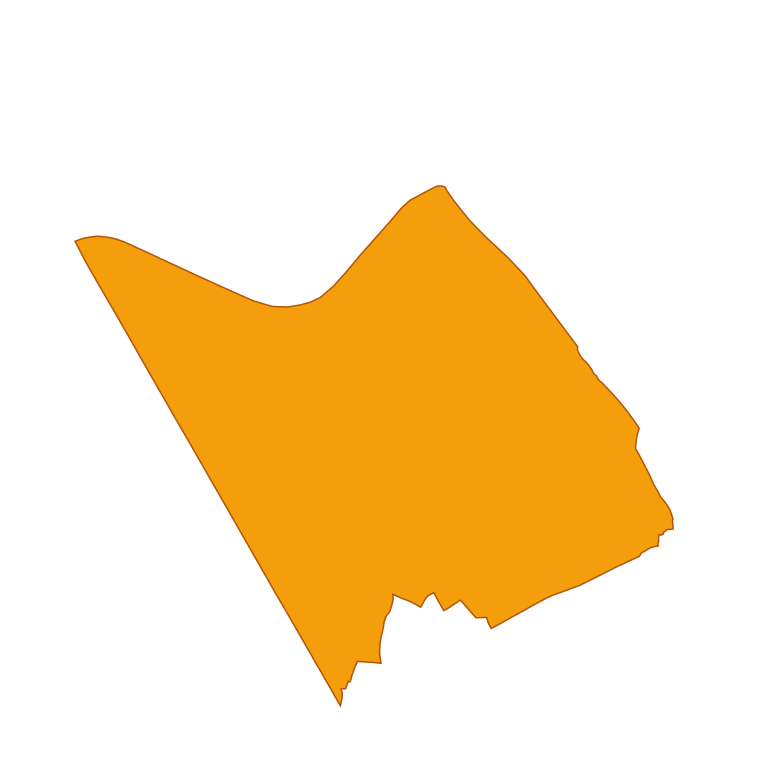 outline of Shomolu, Lagos, Nigeria, rotated 331°
{"feature_id": "59680162B68379866165825", "entity_name": "Shomolu", "entity_type": "district", "adm_level": 2, "iso_a3": "NGA", "parent_name": "Nigeria", "parent_adm1": "Lagos", "projection": "equal_earth", "projection_center": [3.386, 6.541], "detail": "fine", "context": "isolated", "style": "filled", "palette": "amber", "viewbox_px": 768, "rotation_deg": 331, "n_neighbors": 0, "source": "geoboundaries", "source_scale": "gbopen_adm2", "svg_char_len": 2739}
<svg xmlns="http://www.w3.org/2000/svg" viewBox="0 0 768 768"><g transform="rotate(331 384 384)"><path d="M566.6,651.0L570.4,642.7L571.3,642.2L573.2,632.5L572.6,623.8L571.2,616.9L571.4,610.8L571.2,602.7L572.2,592.0L572.4,585.1L572.3,583.8L572.5,581.3L572.8,570.6L572.7,562.4L574.0,560.3L578.5,554.1L581.4,550.6L585.7,546.4L585.6,544.9L584.9,537.1L583.7,527.3L582.6,520.7L581.0,511.9L579.9,507.1L576.9,494.7L575.3,488.7L574.2,486.1L573.7,484.0L573.6,481.9L573.9,480.0L573.1,478.6L572.7,477.2L572.5,475.8L572.5,474.7L572.8,473.4L572.6,471.1L572.2,466.9L571.0,461.9L569.9,458.3L569.4,454.4L569.5,450.9L569.5,448.6L570.2,447.1L571.5,445.5L568.2,421.5L566.2,406.7L565.6,401.8L564.0,390.5L561.4,370.7L560.7,365.4L560.4,362.2L560.1,359.8L559.8,357.8L558.7,353.1L553.8,334.1L551.8,327.7L550.9,325.0L544.0,303.8L538.1,282.2L533.9,257.4L532.9,246.9L532.6,243.2L533.0,242.4L533.0,241.6L532.9,241.3L530.8,239.0L526.4,236.7L522.5,236.4L511.3,236.1L496.5,235.9L493.5,236.4L483.6,238.9L468.1,244.8L426.1,259.6L419.0,262.4L404.1,268.1L387.4,273.9L370.4,277.4L360.2,276.9L348.9,274.2L345.9,273.1L336.7,269.8L323.6,261.8L320.9,259.0L315.1,253.1L310.2,248.1L308.1,245.4L288.8,219.8L267.9,191.5L243.7,158.3L225.4,133.4L219.4,126.7L213.3,121.5L205.2,115.9L198.2,113.0L191.1,110.6L183.0,109.4L182.3,133.5L182.6,157.3L183.4,195.3L183.8,228.2L184.0,249.8L184.4,277.4L184.6,290.2L184.8,309.2L185.4,340.5L185.9,376.9L186.3,405.4L186.4,410.6L186.7,434.9L186.9,451.5L187.0,459.0L187.7,513.9L188.3,541.2L189.0,586.1L189.0,591.5L189.3,605.4L189.7,632.6L189.7,638.0L189.7,640.9L189.8,644.3L191.5,642.4L193.6,640.0L196.2,636.7L197.6,634.2L198.2,631.2L198.9,629.8L202.7,632.0L206.6,628.4L208.5,626.7L209.0,627.7L209.7,628.0L210.7,627.5L215.5,622.5L221.9,617.0L226.3,613.8L232.4,617.7L237.8,621.1L246.0,626.8L248.9,619.2L250.6,615.5L255.3,608.2L260.3,602.2L263.6,598.7L266.4,595.3L268.9,591.9L271.9,589.6L272.0,588.8L277.6,586.2L279.5,585.2L285.9,578.9L288.0,576.0L289.5,572.5L289.6,572.3L290.2,572.9L295.9,580.3L301.1,586.4L304.8,592.0L307.9,597.0L314.2,593.1L317.5,591.3L320.6,590.5L326.4,590.6L326.3,599.8L326.4,611.1L330.3,611.3L334.3,610.9L340.3,610.5L346.1,610.1L346.4,611.5L347.4,616.1L348.6,621.8L349.7,626.9L350.7,631.5L351.0,632.9L353.4,634.3L360.5,637.8L359.7,641.8L359.2,644.3L359.2,649.8L360.8,649.9L380.1,649.9L389.7,649.9L399.1,649.9L406.2,649.8L421.9,650.0L429.0,650.5L438.5,652.1L447.8,653.5L454.2,654.5L457.8,655.0L483.3,656.1L498.6,656.7L514.2,657.8L521.9,658.4L523.8,658.5L527.5,656.5L530.4,656.7L534.3,656.4L538.8,656.6L542.3,657.5L545.4,658.6L545.7,657.1L546.4,656.1L547.5,655.5L549.7,651.4L551.4,649.3L552.1,649.4L552.6,650.2L555.1,650.8L555.8,649.8L557.8,649.1L561.0,648.6L566.6,651.0Z" fill="#f59e0b" stroke="#b45309" stroke-width="1.5"/></g></svg>